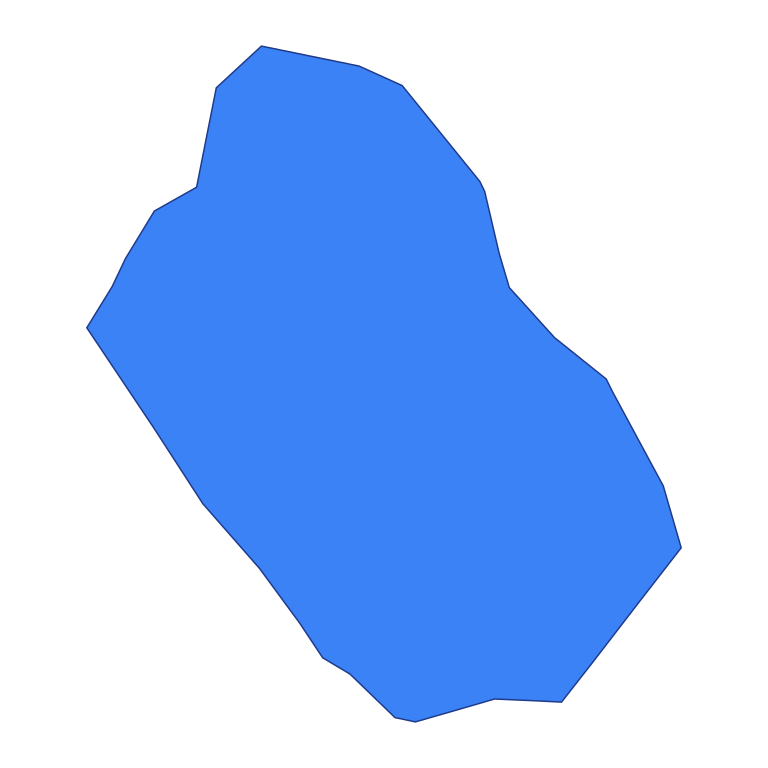 the district of Luus, Dundgovi, Mongolia
{"feature_id": "93677404B30704814862785", "entity_name": "Luus", "entity_type": "district", "adm_level": 2, "iso_a3": "MNG", "parent_name": "Mongolia", "parent_adm1": "Dundgovi", "projection": "robinson", "projection_center": [105.799, 45.607], "detail": "fine", "context": "isolated", "style": "filled", "palette": "blue", "viewbox_px": 768, "rotation_deg": 0, "n_neighbors": 0, "source": "geoboundaries", "source_scale": "gbopen_adm2", "svg_char_len": 522}
<svg xmlns="http://www.w3.org/2000/svg" viewBox="0 0 768 768"><path d="M216.3,87.8L196.6,187.2L154.4,211.0L125.5,258.5L112.2,286.5L86.8,327.8L153.3,427.2L202.9,503.8L259.4,568.3L299.6,623.0L322.7,657.8L350.0,674.1L395.0,717.6L415.4,721.9L464.6,707.7L494.6,699.0L531.4,700.6L561.5,702.1L592.0,663.2L639.9,601.0L681.2,547.8L663.3,486.0L612.7,392.1L606.2,379.0L554.6,337.7L509.3,287.6L499.1,253.1L484.7,191.5L479.8,181.4L402.2,85.6L359.1,66.1L261.4,46.1L216.3,87.8Z" fill="#3b82f6" stroke="#1e3a8a" stroke-width="1.5"/></svg>